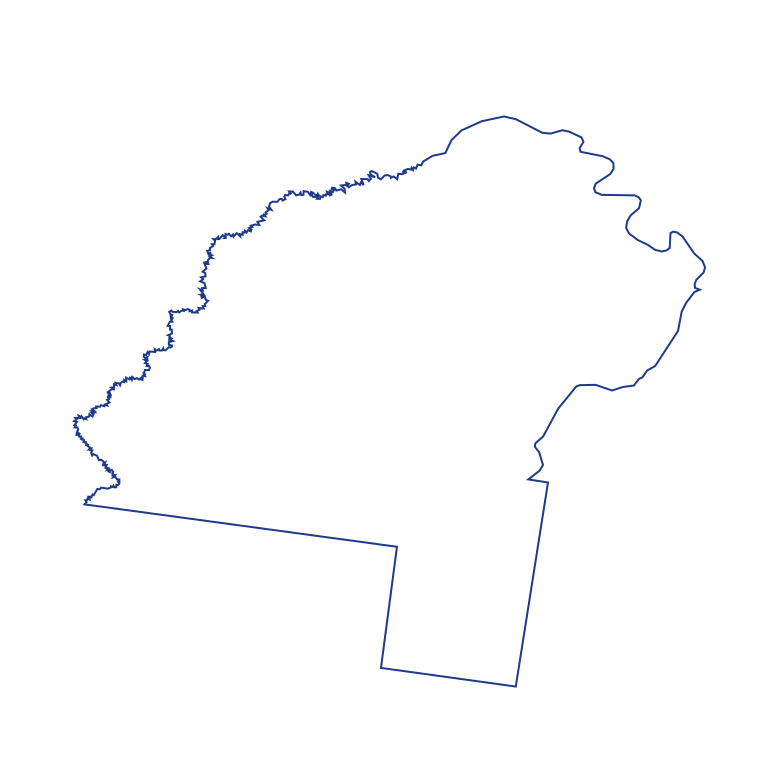 Pilcomayo, Formosa, Argentina, rotated 278°
{"feature_id": "61730980B52467636009888", "entity_name": "Pilcomayo", "entity_type": "district", "adm_level": 2, "iso_a3": "ARG", "parent_name": "Argentina", "parent_adm1": "Formosa", "projection": "equal_earth", "projection_center": [-58.184, -25.344], "detail": "fine", "context": "isolated", "style": "outline", "palette": "blue", "viewbox_px": 768, "rotation_deg": 278, "n_neighbors": 0, "source": "geoboundaries", "source_scale": "gbopen_adm2", "svg_char_len": 6112}
<svg xmlns="http://www.w3.org/2000/svg" viewBox="0 0 768 768"><g transform="rotate(278 384 384)"><path d="M102.7,556.6L309.3,560.1L309.6,540.2L319.8,550.1L326.0,552.7L337.9,547.2L342.9,542.1L346.2,542.1L354.2,548.9L383.8,559.9L408.4,574.8L410.1,578.0L412.6,593.6L409.3,610.8L414.3,621.0L417.3,631.7L424.6,635.8L426.5,639.0L433.9,642.6L439.5,650.0L477.5,667.8L497.0,668.7L506.4,671.9L518.3,678.6L521.3,683.6L522.5,678.6L526.5,677.7L530.6,678.8L538.9,685.0L544.1,685.7L550.2,682.3L556.4,673.0L571.8,658.9L574.9,653.0L575.1,649.3L573.3,646.7L558.4,648.0L555.5,645.0L553.9,640.7L554.6,633.7L558.4,626.2L561.9,615.2L567.1,605.8L572.4,602.0L579.2,602.2L585.4,604.9L593.7,612.1L601.7,612.8L604.3,610.2L605.7,606.1L601.6,573.4L603.4,566.6L607.1,564.7L611.8,565.7L623.6,579.0L629.1,581.4L634.7,580.4L637.9,576.4L640.0,568.8L641.3,546.3L644.7,544.9L651.6,547.8L655.6,545.3L659.7,532.2L660.1,525.3L655.2,514.2L654.8,505.7L664.6,477.7L665.6,465.5L657.8,444.2L645.9,425.4L635.0,416.9L621.2,412.6L616.8,400.5L609.7,391.7L605.7,390.5L605.9,386.8L601.9,385.8L602.7,383.6L600.0,383.0L601.9,381.3L600.1,381.0L600.3,377.7L597.9,373.7L597.0,373.4L597.5,375.8L596.4,376.4L594.3,372.8L594.1,368.9L588.7,368.5L590.9,364.7L589.2,362.1L590.5,361.8L591.4,358.8L590.6,355.6L586.3,352.5L587.5,349.3L591.2,348.1L593.2,342.3L591.8,340.6L589.6,341.6L587.5,346.5L588.5,339.9L585.3,342.4L582.9,340.6L584.6,339.3L583.9,333.0L578.2,336.2L580.3,333.0L577.7,332.4L580.4,327.6L577.8,328.6L576.6,324.7L574.0,321.8L575.0,320.0L577.3,321.4L578.0,318.6L576.0,319.2L574.6,313.8L571.7,317.8L568.2,318.7L570.9,314.3L568.9,309.9L571.1,308.2L571.1,305.3L569.5,305.0L569.6,307.6L566.9,306.6L567.5,303.9L564.3,305.7L563.4,304.3L566.0,303.2L566.5,300.7L564.0,301.9L564.0,300.4L562.4,300.2L562.6,297.7L560.5,297.4L561.1,294.8L558.5,294.9L558.1,291.9L562.0,293.0L563.0,292.2L561.5,292.1L562.1,289.4L559.8,290.7L559.4,287.6L560.7,286.3L563.4,287.3L564.1,285.1L560.9,284.5L563.7,281.9L563.8,277.6L560.1,277.9L559.5,275.8L562.0,274.7L559.7,273.5L558.6,270.8L561.9,267.0L561.5,263.3L559.2,265.8L559.8,263.6L557.4,262.8L557.4,259.8L555.4,259.2L553.4,260.7L551.5,258.0L553.1,257.0L552.5,254.8L549.5,252.8L549.0,248.2L547.1,246.0L543.7,245.5L540.9,248.1L541.8,244.1L540.1,245.5L537.6,242.9L536.2,244.1L535.0,242.8L535.4,240.6L533.6,242.9L533.7,239.9L532.5,238.6L529.4,242.6L527.0,236.1L524.2,238.3L524.0,234.0L522.2,230.2L521.2,231.7L519.8,228.7L518.2,231.3L516.5,230.8L517.6,228.0L514.8,226.7L516.4,225.0L514.7,224.9L514.5,222.8L512.1,223.3L512.4,220.5L510.2,221.1L512.9,217.0L508.9,214.5L511.0,213.6L509.0,212.0L511.2,209.5L510.1,208.5L510.5,206.2L506.7,207.0L506.3,205.5L507.7,206.0L509.0,203.5L504.6,200.9L504.4,199.5L506.6,199.3L504.3,197.6L503.7,194.9L502.6,196.8L498.7,196.6L498.5,194.1L496.8,195.5L494.3,192.7L492.2,193.0L491.2,190.4L488.8,191.8L490.0,194.5L487.9,192.8L487.5,195.5L486.2,193.4L484.8,196.2L484.6,193.9L483.2,193.0L480.7,192.2L478.4,193.4L478.2,191.7L479.9,190.8L479.2,188.9L473.7,192.1L469.9,188.8L468.9,191.6L465.8,192.3L464.2,188.0L462.7,190.3L460.0,187.6L459.1,192.1L454.2,194.1L453.7,190.5L451.4,191.4L452.1,188.5L447.9,192.7L447.0,190.2L446.6,192.3L445.6,191.0L444.1,191.6L445.8,194.4L442.5,195.8L441.9,198.2L438.2,195.4L436.4,196.1L435.9,193.6L433.6,194.9L433.5,189.9L431.9,191.1L430.1,188.3L428.9,189.4L428.1,183.8L430.0,183.8L429.0,181.3L430.5,181.2L430.8,179.0L429.6,177.3L429.9,174.7L428.6,175.4L428.8,173.9L426.4,171.1L427.7,169.9L426.3,168.6L426.1,164.3L427.2,163.2L425.5,161.2L423.1,163.1L422.6,165.4L422.0,163.2L420.6,163.7L419.8,166.2L419.6,163.1L419.1,165.2L417.9,164.2L416.3,165.6L415.9,163.3L411.5,161.7L411.6,164.2L408.1,164.5L408.3,166.2L404.4,167.0L402.3,163.4L401.9,165.0L398.9,165.1L400.2,166.0L399.5,167.5L397.8,166.2L397.1,168.9L395.5,165.1L392.8,165.6L392.7,168.5L391.6,168.9L390.3,167.4L390.5,165.8L386.9,162.9L386.9,161.2L388.7,160.4L386.2,159.4L385.9,157.0L387.2,156.3L385.4,154.1L386.5,152.1L383.9,152.8L383.5,147.1L381.1,147.1L382.6,145.3L379.6,144.5L379.8,142.2L377.5,142.3L376.6,143.8L377.6,145.6L375.6,144.5L376.1,146.1L374.6,146.6L374.4,144.1L373.5,145.9L371.4,144.4L370.9,147.3L368.8,146.5L369.2,148.5L367.6,150.0L365.0,149.3L364.6,145.3L361.1,144.8L360.0,146.8L360.5,144.9L358.5,146.3L358.6,143.9L354.6,144.3L354.7,142.8L356.3,142.6L354.3,140.9L355.5,138.5L354.1,136.3L355.6,134.4L353.5,133.9L355.2,133.2L353.9,132.7L354.8,131.6L353.2,131.2L354.4,127.7L350.8,128.4L351.9,126.2L349.7,126.5L350.1,125.0L348.5,123.2L346.0,122.8L347.7,121.5L347.8,117.9L345.7,119.1L346.1,116.6L343.1,117.1L342.5,114.7L341.0,118.1L341.1,115.3L337.4,111.5L336.3,112.4L337.9,112.9L336.5,114.1L335.0,113.2L334.9,115.0L332.9,114.9L333.7,112.9L332.8,112.3L330.8,113.8L329.7,112.1L327.5,114.8L325.4,111.6L324.2,112.7L324.6,110.2L323.1,110.2L323.6,106.6L322.0,105.9L321.7,102.1L319.3,103.0L320.5,101.9L318.5,98.4L317.0,100.9L316.6,98.6L315.5,101.1L314.9,98.3L313.6,100.6L311.3,99.9L313.0,96.5L310.8,96.6L309.6,93.6L307.7,94.2L308.3,92.1L307.2,91.6L310.0,88.9L307.3,88.1L309.4,87.8L310.2,85.9L308.0,86.7L307.4,83.2L306.4,84.6L304.1,82.3L303.7,85.3L300.1,83.1L299.9,84.6L298.0,83.8L298.2,86.5L296.3,87.5L293.6,86.6L292.8,88.5L292.2,86.6L290.8,86.6L291.1,89.3L289.6,89.4L289.8,91.3L288.6,91.1L288.1,93.0L287.1,92.2L286.6,94.7L284.8,94.5L285.0,97.6L284.3,96.4L283.6,97.8L282.2,97.5L282.4,99.4L281.3,99.3L279.9,102.1L278.4,101.1L279.2,103.0L277.6,102.4L277.6,104.4L275.0,103.6L272.6,105.0L274.2,105.8L273.0,109.8L268.9,112.3L269.6,114.4L268.0,117.3L265.7,117.2L267.1,118.7L264.6,117.9L265.2,120.6L263.1,119.8L262.4,122.4L261.8,121.2L261.4,122.7L260.3,121.9L260.8,123.6L259.1,123.3L258.7,124.9L259.6,124.2L261.0,126.3L259.3,128.0L255.9,127.8L256.4,130.3L253.8,128.7L254.6,131.0L252.5,132.8L252.7,135.0L250.9,134.3L250.8,136.5L250.2,134.3L248.6,135.8L246.9,134.7L247.0,133.0L244.4,133.2L244.2,131.2L245.5,130.3L244.3,130.1L244.7,128.2L243.0,128.8L243.8,128.3L241.9,125.0L242.0,118.3L240.2,117.2L240.1,114.7L233.5,112.0L234.0,110.8L231.9,110.0L231.4,107.8L230.7,109.2L230.1,107.7L228.7,108.4L229.5,106.4L227.7,106.0L227.3,104.4L225.6,105.9L223.1,104.2L224.6,419.5L102.4,420.5L102.7,556.6Z" fill="none" stroke="#1e3a8a" stroke-width="2"/></g></svg>